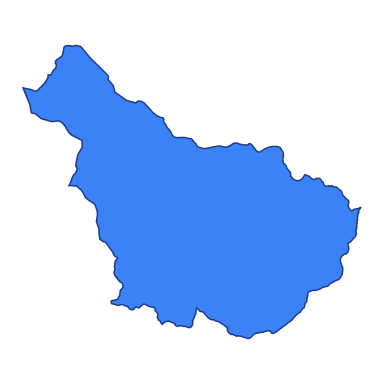 outline of Luncoiu De Jos, Hunedoara, Romania
{"feature_id": "2599482B97743802111601", "entity_name": "Luncoiu De Jos", "entity_type": "district", "adm_level": 2, "iso_a3": "ROU", "parent_name": "Romania", "parent_adm1": "Hunedoara", "projection": "albers", "projection_center": [22.778, 46.083], "detail": "fine", "context": "isolated", "style": "filled", "palette": "blue", "viewbox_px": 384, "rotation_deg": 0, "n_neighbors": 0, "source": "geoboundaries", "source_scale": "gbopen_adm2", "svg_char_len": 5985}
<svg xmlns="http://www.w3.org/2000/svg" viewBox="0 0 384 384"><path d="M190.6,327.4L192.6,324.9L192.6,322.6L192.9,321.7L192.6,320.8L193.5,318.9L194.4,317.2L194.6,316.3L195.3,314.5L195.8,313.8L195.9,312.8L196.0,309.9L196.7,308.0L197.3,308.7L198.8,309.7L199.8,311.2L201.1,311.7L202.1,311.6L203.3,312.2L208.1,317.7L210.2,319.2L212.6,319.9L214.0,319.8L215.8,321.1L217.2,321.3L218.7,321.7L221.4,323.5L223.5,324.7L227.5,328.0L227.2,329.0L227.6,331.0L229.4,333.3L231.1,334.5L232.3,334.2L232.5,334.3L233.6,335.0L234.5,335.2L236.0,336.0L236.9,336.2L238.8,335.9L239.9,336.2L241.5,336.2L241.9,336.3L242.4,336.7L243.8,337.3L244.9,337.5L245.9,337.6L247.1,338.4L248.0,338.6L249.0,338.4L250.3,337.9L250.8,337.4L251.9,336.5L252.7,335.4L253.9,334.4L255.4,333.4L256.3,333.2L257.1,333.2L258.1,333.1L260.1,332.5L263.5,332.1L264.1,331.7L268.7,330.6L269.6,330.7L270.1,331.1L271.7,333.2L273.0,333.4L275.3,332.5L284.5,325.7L289.6,321.6L292.1,319.9L293.9,317.5L297.6,313.7L299.0,313.0L300.4,312.0L301.8,309.6L303.0,308.3L304.2,307.7L304.9,304.1L305.2,303.1L306.0,302.6L306.4,301.8L306.8,300.7L306.8,299.1L307.2,298.2L307.3,297.4L307.8,295.4L307.7,293.4L307.8,292.9L308.7,291.9L309.7,291.5L310.9,290.9L313.4,290.3L315.5,290.5L319.3,289.3L322.9,287.3L325.4,286.6L327.5,286.3L328.7,285.4L329.5,284.2L330.0,283.7L333.1,282.2L335.3,280.8L338.5,279.6L339.5,278.8L341.4,275.8L342.2,274.3L342.8,269.9L342.7,267.8L342.6,267.3L341.7,265.5L341.1,263.1L340.6,262.3L340.4,261.5L340.3,260.0L340.8,257.7L341.4,256.7L342.1,256.0L343.1,255.2L343.7,254.6L344.3,254.3L345.3,254.2L346.4,253.7L347.5,252.6L348.0,251.8L348.3,250.5L348.6,249.9L348.8,248.6L348.7,247.4L348.1,245.3L348.1,244.2L348.2,243.4L348.7,242.8L349.4,242.6L350.4,242.1L350.9,241.5L351.2,240.9L352.2,240.0L353.0,238.8L354.4,237.6L355.6,236.1L356.4,233.3L356.0,232.4L356.0,229.9L356.5,228.9L356.8,226.2L356.7,225.0L356.8,224.4L357.2,223.2L357.2,222.7L356.7,221.6L357.5,220.5L357.6,220.0L357.5,219.3L357.2,218.6L357.2,218.0L357.7,217.2L357.8,216.6L357.5,216.0L357.5,215.4L357.7,214.8L358.2,214.0L358.3,213.7L357.9,213.3L358.0,213.0L358.7,212.5L358.9,212.2L358.5,211.5L358.5,211.1L361.0,207.1L358.6,208.5L354.5,209.2L352.4,210.6L350.9,210.8L349.6,209.1L348.1,206.2L348.8,202.1L348.5,200.6L345.5,198.1L342.7,194.9L341.7,191.8L340.7,190.6L339.4,189.5L338.2,188.8L337.7,188.0L336.0,187.1L334.3,186.9L333.4,186.5L333.2,186.7L332.2,186.0L331.6,185.7L331.2,185.7L330.4,186.3L328.6,185.7L328.5,185.8L328.5,186.2L327.9,186.3L325.5,186.1L325.3,186.0L324.4,185.6L324.0,185.0L323.7,184.1L323.2,182.2L322.0,182.0L322.0,181.5L321.8,181.0L321.5,180.5L319.7,178.5L319.2,178.3L317.8,178.4L316.1,178.4L315.1,179.1L314.2,179.4L313.4,179.4L312.4,179.1L311.8,178.7L309.6,176.7L308.5,176.0L305.9,175.1L305.6,174.8L305.2,174.7L304.7,175.0L304.3,175.4L303.8,176.5L302.1,178.8L301.5,179.3L300.1,180.0L299.6,180.7L299.1,180.8L296.6,180.6L294.2,179.7L293.1,178.8L291.9,177.6L291.0,176.5L290.8,176.0L290.5,173.3L290.4,172.5L289.6,171.7L288.5,170.2L286.9,168.4L286.5,166.9L286.2,166.2L285.2,164.7L284.9,164.3L284.3,163.9L283.5,163.2L283.2,162.7L283.3,162.4L283.2,161.2L282.8,159.0L282.8,158.2L283.2,157.3L283.5,155.9L283.3,153.8L283.2,152.9L282.8,151.8L282.2,150.8L281.6,149.9L280.7,148.1L279.9,147.5L277.8,146.6L276.0,146.4L272.3,146.5L271.0,146.7L268.3,147.4L264.0,149.4L260.5,151.7L259.9,152.0L259.3,152.0L258.7,152.0L256.9,151.2L256.1,150.4L254.1,147.7L252.8,146.3L251.8,144.9L251.2,144.3L250.4,143.9L249.6,143.6L249.2,143.6L248.7,143.9L248.3,144.3L247.8,145.2L245.5,144.8L244.5,145.0L243.2,144.9L241.4,144.4L239.5,144.1L237.8,143.3L235.8,142.9L234.6,143.1L233.3,143.5L231.6,144.6L229.8,145.9L227.0,147.0L225.7,147.2L224.6,147.1L223.2,146.9L220.9,146.2L219.7,146.0L218.4,146.0L212.9,147.0L207.3,148.2L204.6,148.6L203.6,148.6L202.4,148.3L201.4,147.8L199.0,147.4L198.3,147.1L197.1,145.9L195.8,143.7L194.2,142.2L191.8,139.1L191.2,138.8L188.2,138.4L186.3,137.8L184.4,137.5L179.5,137.5L177.6,137.8L174.2,137.0L173.7,136.8L172.8,135.9L171.7,134.1L170.3,131.1L168.9,129.3L167.7,128.2L166.9,127.2L166.3,125.5L163.4,121.4L163.9,119.4L163.1,117.9L160.4,117.4L156.8,115.7L152.6,112.3L148.9,108.0L144.2,103.0L141.2,101.4L138.7,101.1L137.2,101.6L135.8,102.9L126.7,100.5L115.0,92.2L113.1,85.3L108.2,79.7L108.5,76.3L105.7,73.2L90.2,57.9L80.8,46.6L76.0,45.4L72.2,46.3L71.6,46.3L70.9,45.8L70.2,45.7L67.0,45.7L65.4,46.1L65.1,46.2L64.4,46.8L64.1,47.1L63.9,47.8L63.0,52.7L62.3,55.7L59.7,57.7L56.3,60.1L55.5,61.1L55.4,63.7L56.3,64.3L56.0,67.6L53.6,69.9L51.1,74.5L50.5,75.0L48.1,74.8L48.0,77.5L46.3,80.7L44.3,83.5L37.2,90.7L34.8,91.1L31.6,89.7L23.0,87.9L29.7,104.2L31.3,112.8L35.3,113.8L41.2,118.6L51.6,121.6L58.4,120.9L62.0,122.5L64.7,125.7L68.8,132.4L71.5,135.1L82.0,140.4L82.2,147.3L79.0,152.6L77.7,155.2L76.1,162.9L75.8,166.2L77.0,167.7L77.0,169.7L75.2,173.8L73.7,174.8L72.1,177.8L70.3,183.0L68.9,185.7L70.5,185.5L75.1,186.0L76.6,185.9L79.2,188.5L81.0,189.8L83.2,192.9L84.6,195.8L85.3,197.3L88.9,200.4L94.5,204.0L95.7,206.5L97.3,211.7L97.4,215.4L96.4,221.6L97.7,225.2L98.2,227.0L98.8,228.2L99.2,234.5L99.9,239.3L103.2,241.6L105.6,242.3L109.0,247.1L112.2,251.4L114.5,255.8L117.4,257.8L117.6,258.6L115.2,261.0L114.4,266.6L114.9,269.2L114.0,272.2L114.7,275.1L119.6,281.6L122.5,283.2L123.0,286.8L122.8,287.4L121.5,289.1L120.3,290.4L119.7,295.1L118.6,297.6L116.9,299.6L114.3,300.1L112.4,300.6L111.0,301.3L111.6,303.6L114.5,304.3L117.2,305.3L118.7,305.2L121.5,304.6L123.6,304.8L124.9,305.8L127.1,306.2L130.2,309.4L132.4,309.9L134.2,309.0L134.8,307.9L136.0,306.8L138.4,307.9L139.9,307.5L140.6,306.1L141.9,305.6L142.7,304.5L144.2,304.0L145.7,304.6L148.9,306.4L154.1,307.5L154.7,307.9L155.1,309.1L155.0,310.4L156.5,311.9L157.9,314.3L157.9,315.2L157.3,316.3L157.6,318.5L158.4,319.0L158.4,320.0L160.0,321.0L161.0,322.8L162.2,324.4L163.2,323.2L165.8,321.6L168.5,321.2L169.8,321.4L171.8,322.4L174.8,323.6L175.0,324.9L176.3,325.9L177.4,326.3L178.1,326.3L179.3,325.6L180.0,325.5L181.1,326.0L182.4,325.8L183.8,326.5L184.6,326.4L185.7,326.5L188.3,327.6L190.6,327.4Z" fill="#3b82f6" stroke="#1e3a8a" stroke-width="1.5"/></svg>